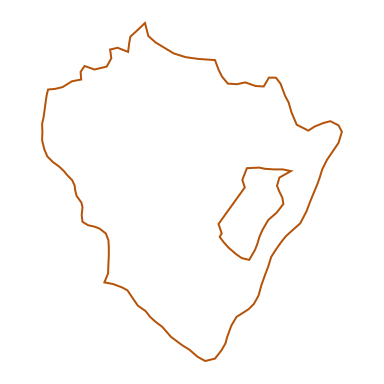 the district of Trikomo, Cyprus
{"feature_id": "46923920B71155103656071", "entity_name": "Trikomo", "entity_type": "district", "adm_level": 2, "iso_a3": "CYP", "parent_name": "Cyprus", "parent_adm1": "", "projection": "natural_earth1", "projection_center": [33.897, 35.288], "detail": "fine", "context": "isolated", "style": "outline", "palette": "amber", "viewbox_px": 384, "rotation_deg": 0, "n_neighbors": 0, "source": "geoboundaries", "source_scale": "gbopen_adm2", "svg_char_len": 1836}
<svg xmlns="http://www.w3.org/2000/svg" viewBox="0 0 384 384"><path d="M145.0,23.0L135.6,31.9L130.4,36.6L129.3,42.5L128.1,51.9L117.7,47.8L110.1,49.5L111.3,58.3L106.7,66.6L94.5,69.5L84.6,66.0L80.6,71.9L81.2,79.5L71.9,81.3L62.6,87.1L55.1,88.9L48.1,89.5L46.9,94.0L45.8,100.8L45.0,107.1L43.5,117.7L42.1,123.7L42.4,131.6L42.1,140.2L44.3,149.3L47.3,156.4L52.8,162.0L59.1,166.5L63.9,171.1L67.3,175.2L72.1,180.1L74.7,185.7L75.1,189.9L76.6,195.9L81.4,202.6L82.5,207.2L81.7,215.1L82.5,221.8L88.0,225.2L94.7,226.7L99.5,228.6L105.9,233.5L108.4,240.3L108.8,246.6L108.8,256.1L108.4,264.3L108.1,273.4L104.4,282.4L113.0,284.0L122.3,287.5L127.5,290.4L131.0,295.7L137.9,305.7L145.5,311.0L150.1,316.9L155.3,321.6L162.3,326.9L171.0,336.9L182.0,345.1L189.5,349.8L197.6,356.8L205.2,361.0L215.0,358.6L221.4,350.4L225.5,343.3L227.2,336.9L231.3,325.7L236.5,316.9L248.6,309.2L253.9,303.9L258.5,295.7L261.4,285.1L265.4,274.0L268.3,266.3L271.2,256.9L276.5,248.7L281.1,242.2L285.7,236.4L291.5,231.1L300.2,223.4L306.6,211.1L310.1,201.7L313.5,193.5L317.6,183.5L319.9,177.0L322.2,169.4L326.9,160.0L332.1,152.3L338.5,142.9L341.9,131.8L338.5,125.3L330.3,121.2L323.4,123.0L314.7,126.5L308.3,130.6L296.7,124.7L291.5,112.4L288.6,102.4L285.1,95.9L280.5,83.6L275.9,77.7L268.9,77.7L263.7,86.5L255.6,86.0L245.2,82.4L237.0,84.2L227.8,83.6L222.0,76.6L218.5,69.5L215.0,60.1L198.1,58.9L185.4,57.1L173.7,53.4L155.5,42.4L148.3,36.0L145.0,23.0ZM259.1,167.6L264.9,168.8L273.6,169.4L282.8,169.4L290.9,171.1L279.4,177.6L277.0,185.8L279.4,191.7L282.3,197.6L283.4,204.0L276.5,212.8L268.3,219.9L262.5,229.9L259.6,236.4L257.3,244.0L255.0,249.9L249.2,259.9L241.7,258.1L235.9,254.0L228.4,247.5L223.7,242.2L219.7,236.9L221.7,233.3L218.5,224.0L226.1,213.4L229.5,208.7L233.4,203.3L238.5,196.2L244.8,187.4L242.3,179.9L246.9,168.2L259.1,167.6Z" fill="none" stroke="#b45309" stroke-width="2"/></svg>